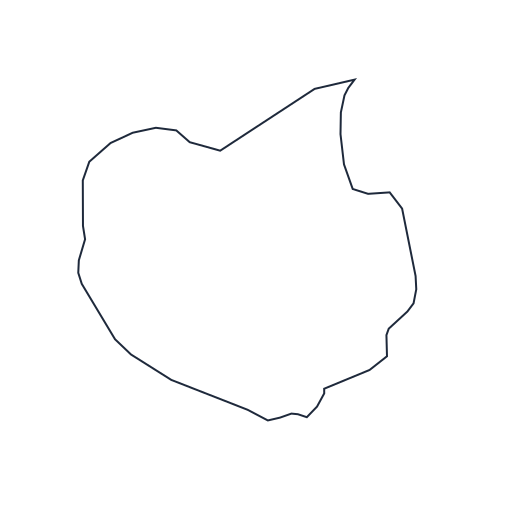 outline of Boa Vista, rotated 63°
{"feature_id": "CPV-5055", "entity_name": "Boa Vista", "entity_type": "state/province", "adm_level": 1, "iso_a3": "CPV", "parent_name": "Cabo Verde", "parent_adm1": "", "projection": "robinson", "projection_center": [-22.807, 16.113], "detail": "fine", "context": "isolated", "style": "outline", "palette": "slate", "viewbox_px": 512, "rotation_deg": 63, "n_neighbors": 0, "source": "natural_earth", "source_scale": "10m", "svg_char_len": 699}
<svg xmlns="http://www.w3.org/2000/svg" viewBox="0 0 512 512"><g transform="rotate(63 256 256)"><path d="M405.2,255.5L409.4,257.6L417.9,270.0L422.7,283.9L416.0,290.5L412.5,296.0L410.9,308.0L407.9,320.1L389.2,333.3L328.0,387.7L287.0,412.1L266.2,419.4L201.7,423.9L190.3,422.0L179.4,415.8L163.5,400.7L150.6,396.5L110.0,376.0L96.3,361.7L89.3,334.3L90.2,309.9L96.3,287.0L107.9,270.0L124.5,263.4L145.9,240.1L133.7,127.9L143.6,88.1L148.1,97.4L153.0,104.2L166.6,115.2L185.8,125.4L214.3,136.0L240.2,139.4L251.5,127.9L260.0,108.0L280.1,104.3L346.3,122.9L358.4,128.3L369.7,137.1L374.2,146.3L381.0,170.7L385.7,175.7L404.8,184.8L409.1,206.5L405.2,255.5Z" fill="none" stroke="#1e293b" stroke-width="2"/></g></svg>